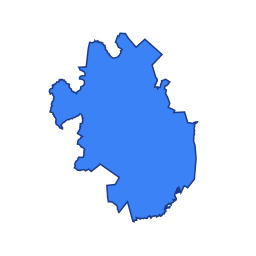 the district of Valle de Zaragoza, Chihuahua, Mexico, rotated 65°
{"feature_id": "50627088B5175300489414", "entity_name": "Valle de Zaragoza", "entity_type": "district", "adm_level": 2, "iso_a3": "MEX", "parent_name": "Mexico", "parent_adm1": "Chihuahua", "projection": "orthographic", "projection_center": [-105.86, 27.48], "detail": "fine", "context": "isolated", "style": "filled", "palette": "blue", "viewbox_px": 256, "rotation_deg": 65, "n_neighbors": 0, "source": "geoboundaries", "source_scale": "gbopen_adm2", "svg_char_len": 5860}
<svg xmlns="http://www.w3.org/2000/svg" viewBox="0 0 256 256"><g transform="rotate(65 128 128)"><path d="M215.5,162.1L214.6,161.6L214.6,160.6L215.3,159.1L212.6,158.4L213.2,157.6L214.3,157.1L214.4,155.8L215.2,155.8L215.7,155.4L215.8,154.8L215.5,153.4L216.7,152.2L216.4,151.0L217.7,149.7L217.9,148.6L217.1,147.6L216.8,145.3L217.3,145.2L218.6,145.6L219.4,145.3L218.6,143.8L218.4,142.7L218.9,142.1L219.2,139.8L220.7,139.7L220.6,138.9L220.7,137.7L219.8,136.1L220.3,135.8L221.3,136.1L221.8,135.6L221.1,135.2L221.6,134.3L220.5,132.6L220.4,132.1L220.9,132.1L221.1,131.3L219.3,129.7L219.5,129.0L218.4,129.0L218.1,129.5L218.2,129.0L217.4,129.4L217.0,128.6L216.5,128.8L216.0,128.3L216.4,127.9L216.7,128.1L217.3,127.6L217.0,127.2L217.3,127.1L217.1,125.8L217.9,124.3L217.4,123.8L217.5,123.7L217.1,123.2L216.9,123.2L216.8,123.7L217.0,124.5L216.5,125.9L216.2,125.9L216.2,126.4L215.4,127.2L215.2,126.8L214.5,127.0L214.4,126.8L214.7,126.4L214.4,126.4L214.4,126.0L214.8,125.5L214.0,124.1L214.2,123.8L214.1,123.4L213.5,122.7L214.0,122.3L215.3,122.1L215.3,121.8L215.9,121.4L214.3,120.7L214.5,118.8L213.9,117.6L213.3,117.3L213.5,117.0L212.4,117.2L213.5,116.0L213.1,115.2L213.4,115.0L213.2,115.1L213.4,114.7L212.5,114.2L212.4,114.5L211.5,114.1L211.2,114.5L210.0,114.0L209.5,114.4L208.7,114.1L207.9,113.6L207.0,112.5L207.3,112.2L207.1,111.9L207.6,111.7L207.5,111.1L206.9,111.3L207.4,110.2L207.7,110.2L207.7,109.2L206.8,110.5L206.5,110.2L206.7,109.7L207.1,109.4L207.2,108.7L206.5,109.5L206.3,108.8L206.6,108.3L206.2,108.6L205.9,108.2L206.2,109.1L206.1,111.1L205.9,111.3L205.4,110.3L205.0,110.2L204.9,109.6L204.7,109.8L204.3,109.6L205.1,107.9L204.1,108.8L203.5,108.7L203.4,108.0L203.7,107.9L203.6,107.7L203.9,107.2L203.1,107.4L203.0,107.1L209.2,107.6L204.2,101.6L205.5,100.2L207.4,99.3L202.4,89.5L184.6,79.3L172.3,74.7L166.8,74.0L166.2,73.3L163.2,71.8L161.3,70.2L159.2,69.8L158.9,69.1L158.5,68.8L156.0,68.3L154.4,66.6L152.9,66.5L152.4,64.7L152.3,63.4L151.7,62.6L151.2,64.0L150.9,66.0L151.2,67.9L150.0,68.9L148.4,71.6L137.4,70.0L133.3,80.0L131.8,78.2L129.2,80.2L126.4,82.9L123.3,79.7L116.0,79.1L115.1,79.4L113.6,79.2L112.4,79.5L111.2,78.2L109.6,77.2L107.7,78.4L105.7,76.8L105.9,76.0L105.6,75.8L105.6,75.4L105.9,74.7L105.2,73.7L105.2,72.7L104.1,71.6L103.9,70.7L99.7,73.3L99.5,77.7L100.1,77.9L100.4,77.7L102.5,80.2L104.1,81.0L104.6,81.9L103.9,83.2L104.9,84.4L103.1,84.2L102.2,86.6L100.8,85.5L100.3,84.6L99.7,84.7L99.3,83.5L97.3,81.4L95.3,80.9L94.1,81.5L81.2,79.6L75.8,66.1L54.7,75.2L58.2,86.5L47.1,89.7L41.3,90.5L38.8,95.1L41.2,97.7L40.2,98.4L45.1,103.2L46.2,102.4L50.5,102.6L54.3,100.1L55.0,101.6L54.9,102.1L56.6,102.5L58.4,105.1L59.0,106.4L59.3,108.1L58.7,111.4L56.1,113.5L54.5,113.6L53.7,114.1L53.1,113.7L51.5,114.5L49.0,114.5L47.1,115.2L45.8,114.5L44.9,114.6L43.7,114.0L42.9,114.5L42.9,114.9L42.6,115.1L41.5,115.1L40.7,115.6L40.2,115.1L39.6,116.0L39.2,116.4L39.0,116.2L38.8,116.6L39.1,116.7L38.6,117.3L38.2,117.4L38.3,117.9L37.9,118.1L37.9,118.6L37.6,118.5L36.9,118.9L36.6,118.6L36.5,119.1L36.2,119.1L36.5,119.7L35.8,120.2L36.0,120.6L35.5,121.3L35.2,121.3L35.5,121.5L35.8,124.2L35.1,125.3L34.5,125.7L34.2,126.6L38.9,130.2L54.9,140.0L52.2,147.0L53.1,146.8L53.8,147.0L55.0,146.9L58.5,144.0L60.6,143.9L62.4,144.8L62.3,146.1L61.3,147.4L61.1,149.4L61.6,150.3L62.6,151.1L63.0,151.2L63.3,150.9L64.4,149.0L65.0,148.5L67.1,147.7L69.5,148.7L69.6,149.2L70.3,149.5L70.8,151.9L70.7,153.3L71.4,153.8L72.5,154.1L72.7,154.3L72.7,154.7L73.3,155.2L73.6,158.3L74.3,159.9L74.9,160.2L73.2,161.1L72.7,162.1L71.8,162.1L71.1,163.3L68.6,163.0L66.6,164.1L65.9,163.6L64.9,163.7L64.0,162.7L63.4,162.8L62.2,164.3L61.2,165.1L59.8,164.9L58.8,165.5L58.4,166.1L57.7,165.6L57.4,166.1L57.5,166.5L57.0,166.6L56.6,167.2L55.9,167.3L56.1,168.1L55.8,168.5L55.9,169.3L55.5,169.4L56.0,170.0L55.6,170.0L55.5,170.3L56.1,170.5L56.6,171.2L57.0,171.4L56.6,172.0L56.5,172.8L56.2,173.0L57.4,174.9L57.2,175.3L57.4,176.2L57.3,176.5L57.8,176.6L58.0,177.1L57.4,177.7L57.7,178.1L57.2,178.1L57.2,178.3L57.4,178.6L59.4,179.0L60.0,179.4L59.8,181.2L60.0,182.2L60.3,182.9L61.7,183.9L64.4,184.1L64.3,181.3L64.5,181.7L66.1,182.2L68.0,181.9L68.9,182.1L69.8,183.1L71.4,183.7L72.2,184.7L72.0,185.1L72.3,185.8L73.6,186.8L73.8,187.3L75.1,187.6L75.4,187.4L75.7,187.7L76.0,187.5L76.6,188.9L77.6,189.4L80.5,191.9L81.8,190.1L83.1,189.5L84.0,190.2L84.7,189.6L85.5,190.0L85.7,189.7L87.0,189.9L88.2,189.4L89.5,189.5L90.8,190.1L91.1,190.6L91.4,190.5L92.4,191.1L94.5,191.5L96.6,190.0L98.9,189.8L101.1,187.8L100.4,187.3L99.7,187.2L98.9,187.6L97.8,187.3L97.3,187.6L95.9,185.4L95.7,183.0L95.1,181.4L94.8,178.9L95.6,178.0L95.2,176.2L95.4,175.3L95.8,174.9L95.5,174.8L95.9,171.8L95.6,170.1L95.8,169.4L95.5,169.0L95.9,167.9L95.6,166.9L94.9,166.2L94.8,165.4L95.4,164.8L96.3,164.8L96.9,164.5L97.7,164.6L97.9,164.4L98.5,164.9L99.6,165.0L100.1,165.3L100.6,165.3L100.6,165.0L101.2,165.7L102.2,165.8L102.8,166.5L103.8,166.9L104.2,167.6L104.3,168.9L104.1,169.1L104.4,169.3L104.3,169.6L105.0,169.5L105.6,170.5L106.3,170.7L106.8,170.4L107.1,171.2L107.8,171.2L107.8,171.6L108.2,171.7L109.3,173.0L109.9,173.2L109.9,174.2L110.8,174.8L111.0,175.6L111.6,175.6L111.8,176.0L116.5,172.8L116.5,174.6L117.4,175.3L117.9,177.9L118.4,178.7L121.3,180.6L122.0,179.3L124.4,178.4L125.0,178.6L125.6,178.4L125.5,177.9L126.2,177.3L126.8,177.3L128.0,176.5L128.5,176.6L129.5,176.4L129.8,177.3L130.5,177.8L133.7,179.3L135.5,181.0L135.3,182.1L133.6,185.0L134.4,186.1L135.7,186.9L136.3,189.5L137.3,190.7L138.7,191.6L140.2,191.9L141.4,193.4L142.8,192.3L144.9,191.6L145.6,190.2L146.3,189.5L146.1,189.1L147.0,185.6L148.9,184.5L148.7,181.0L151.8,179.7L149.6,170.2L148.7,168.6L169.2,156.8L173.8,163.5L171.1,171.4L182.1,175.7L186.6,177.0L186.8,175.5L187.6,175.3L187.9,174.1L188.3,173.7L190.2,172.6L190.9,172.4L192.1,171.5L192.6,171.5L193.6,171.0L195.0,170.8L196.7,171.7L198.2,171.7L200.0,172.1L200.7,171.9L194.6,159.6L214.7,163.0L215.5,162.1Z" fill="#3b82f6" stroke="#1e3a8a" stroke-width="1.5"/></g></svg>